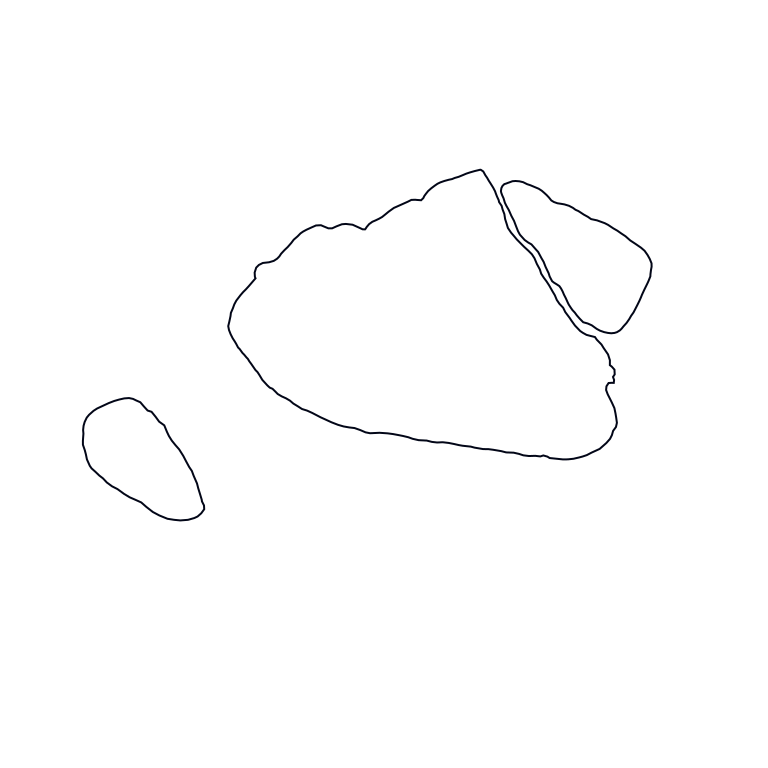 the district of South Maalhosmadulu, Maldives, rotated 57°
{"feature_id": "70690204B34947259557359", "entity_name": "South Maalhosmadulu", "entity_type": "district", "adm_level": 2, "iso_a3": "MDV", "parent_name": "Maldives", "parent_adm1": "", "projection": "natural_earth1", "projection_center": [72.971, 5.094], "detail": "fine", "context": "isolated", "style": "outline", "palette": "ink", "viewbox_px": 768, "rotation_deg": 57, "n_neighbors": 0, "source": "geoboundaries", "source_scale": "gbopen_adm2", "svg_char_len": 5222}
<svg xmlns="http://www.w3.org/2000/svg" viewBox="0 0 768 768"><g transform="rotate(57 384 384)"><path d="M554.1,252.6L554.6,247.3L555.9,238.5L554.6,229.7L553.1,224.3L551.0,220.7L548.1,217.4L546.4,212.9L543.4,209.8L538.7,207.6L534.8,205.9L529.7,203.9L523.6,203.0L519.2,202.5L514.5,202.0L510.0,201.0L507.1,198.7L505.5,195.1L507.0,192.4L508.2,190.7L505.9,188.8L502.8,188.1L501.6,185.3L497.5,182.9L493.5,183.5L491.2,184.3L487.1,181.6L481.2,180.0L473.6,180.2L469.3,180.1L462.8,181.4L459.5,181.5L456.4,184.4L453.1,187.4L449.3,189.4L446.4,190.6L439.0,192.0L432.7,192.3L429.7,192.3L422.4,192.8L417.6,192.2L412.3,193.2L407.6,193.3L402.7,192.4L397.7,192.2L391.3,191.8L386.5,191.8L381.9,192.1L377.1,192.1L372.8,190.9L366.5,190.4L360.5,189.3L355.8,189.3L351.0,190.3L345.2,191.8L340.9,192.7L335.0,193.9L329.9,194.5L326.3,195.0L320.6,195.1L316.5,193.9L311.7,192.6L307.0,190.5L302.3,189.5L298.6,188.3L294.1,188.4L292.3,187.7L288.2,187.1L284.9,186.4L282.9,185.9L278.7,185.5L273.7,185.4L270.5,185.4L267.1,185.2L264.1,185.3L261.6,185.1L259.8,185.0L257.2,186.1L256.7,186.6L254.8,192.0L253.4,196.6L252.4,200.4L251.8,203.8L250.9,208.6L249.7,212.5L249.2,215.3L248.0,218.4L246.6,222.8L245.6,226.9L245.2,230.1L245.3,233.5L245.6,237.8L246.2,241.9L247.3,245.2L248.3,247.8L249.5,249.8L250.1,252.8L247.9,255.7L246.4,257.6L244.5,260.8L244.1,264.6L242.1,277.4L241.7,279.8L242.0,286.2L242.5,290.6L242.9,294.6L242.7,298.0L242.2,301.9L241.6,305.4L241.8,309.4L242.9,313.0L243.8,315.0L244.0,315.7L242.6,317.7L240.8,318.8L237.5,320.9L233.3,323.6L229.0,328.8L227.1,332.3L225.9,338.0L225.2,342.7L223.1,345.9L219.2,348.6L216.5,350.4L214.0,354.7L213.3,359.0L212.4,365.0L212.1,368.8L212.2,372.0L213.1,376.0L213.8,381.1L215.2,384.9L216.7,390.2L217.5,394.5L218.7,399.3L220.0,402.3L220.7,405.4L220.7,409.4L219.3,414.1L218.3,416.1L216.5,419.7L216.0,424.1L216.8,427.8L220.1,431.8L223.8,433.9L225.4,434.2L226.6,438.3L228.3,444.1L229.4,448.3L230.2,452.1L231.3,455.9L233.6,462.4L235.7,466.2L238.2,469.5L241.0,473.7L243.4,475.7L247.4,479.7L250.6,483.1L254.3,484.6L258.7,485.5L263.3,486.0L266.8,486.0L269.7,486.1L273.9,486.5L276.1,486.0L280.8,485.8L283.2,485.3L286.7,484.9L288.8,484.5L291.7,484.6L294.7,484.4L302.3,484.2L305.1,483.6L308.7,483.6L314.3,483.8L321.6,482.6L324.8,481.8L327.3,480.1L331.4,479.2L334.5,478.6L338.7,476.5L342.6,474.0L346.8,471.9L351.0,470.7L355.8,468.4L360.3,466.4L364.4,463.0L369.1,460.0L377.4,455.3L381.8,452.5L387.5,448.9L393.2,444.8L397.6,441.0L401.5,436.8L404.9,432.7L409.7,429.0L414.5,425.8L417.7,422.5L422.5,414.3L427.3,407.9L430.9,403.7L434.7,399.7L437.8,396.5L441.9,392.6L445.6,389.8L450.0,385.5L454.7,379.0L458.6,375.4L462.0,371.3L464.8,366.5L468.7,361.8L472.6,357.8L475.9,354.6L478.6,351.7L483.8,345.3L486.7,342.7L490.0,339.1L492.5,336.4L495.6,331.8L498.5,328.4L500.6,326.1L504.2,322.2L507.9,318.8L512.2,312.7L516.2,308.8L519.7,306.0L523.4,301.6L526.6,296.3L529.9,292.3L530.7,289.3L533.9,286.5L536.3,285.4L540.5,280.2L544.7,275.0L547.3,270.9L549.9,265.8L551.9,260.3L553.0,256.9L554.1,252.6ZM467.5,157.0L467.0,154.5L466.1,151.8L464.9,147.3L463.1,142.9L461.4,139.6L459.9,135.8L457.8,132.1L455.5,128.1L453.3,124.4L451.2,121.2L449.7,119.1L446.8,114.5L444.3,110.3L442.8,107.8L441.5,105.8L438.8,102.0L437.0,100.7L433.7,97.9L431.4,95.7L428.5,93.9L423.8,93.0L419.3,92.7L414.2,92.9L409.7,94.2L403.4,96.8L397.7,99.3L391.6,101.0L387.0,103.0L382.5,104.8L378.4,106.9L372.6,109.4L369.3,111.3L362.8,116.2L358.5,120.5L355.0,121.9L350.7,124.2L347.7,125.5L344.8,126.8L342.2,128.5L339.2,129.6L335.3,131.8L331.6,134.9L329.1,137.6L326.9,140.1L323.9,142.4L321.2,143.7L317.4,144.1L314.1,144.7L311.0,145.5L307.9,146.4L304.5,147.9L302.3,149.4L297.0,153.0L294.4,155.1L290.5,157.4L287.7,160.1L285.4,163.1L283.9,165.8L283.3,168.5L282.8,170.6L282.4,172.5L281.9,174.2L282.4,176.7L283.6,178.8L285.9,180.9L287.5,181.5L290.1,182.1L293.4,182.6L297.8,183.9L301.1,184.3L306.2,184.6L312.3,185.6L318.0,186.1L324.0,187.4L328.9,188.4L332.8,188.7L339.8,187.6L343.9,186.0L347.2,184.3L354.1,183.3L357.2,182.8L364.2,183.4L368.5,183.6L373.8,184.7L380.8,185.6L384.0,186.5L387.0,186.8L389.4,187.0L391.7,186.2L394.4,184.9L397.4,183.6L400.3,183.5L403.7,183.8L407.1,184.4L411.0,184.8L415.6,185.5L418.0,185.8L421.6,185.8L424.6,185.7L428.0,185.1L431.5,184.9L435.7,184.3L440.7,183.3L444.2,180.2L447.9,177.8L453.6,175.6L456.9,173.8L460.4,171.1L463.1,168.4L465.2,165.8L466.7,162.9L467.4,160.4L467.5,157.0ZM393.6,612.5L392.9,607.7L391.1,603.0L387.8,601.1L385.0,600.8L383.3,600.6L381.8,599.9L375.6,598.1L370.3,596.6L365.6,595.0L357.2,593.6L352.3,592.5L347.5,592.6L341.2,592.1L335.0,591.5L327.2,591.4L321.7,592.2L315.9,592.8L310.4,592.7L305.9,592.1L299.0,590.8L293.1,593.1L287.2,593.4L280.7,594.1L277.5,596.7L272.0,597.6L266.6,598.3L262.8,600.8L259.8,602.6L256.9,605.5L254.6,609.7L252.8,614.6L251.3,619.5L250.1,625.2L249.0,633.0L248.3,637.9L248.3,642.2L249.2,648.1L250.3,651.6L252.8,655.7L255.4,658.7L258.7,661.4L261.9,663.1L267.7,667.5L271.0,669.6L276.6,671.0L280.8,672.4L285.4,674.2L292.4,675.3L295.5,675.2L300.3,673.9L305.8,672.6L310.0,671.1L315.6,670.1L321.7,667.8L326.9,664.8L334.5,661.9L340.5,659.0L345.5,655.7L351.1,652.1L357.5,650.3L365.4,647.6L371.9,644.0L379.1,639.0L383.6,634.0L387.5,629.1L391.2,622.3L393.1,616.1L393.6,612.5Z" fill="none" stroke="#020617" stroke-width="2"/></g></svg>